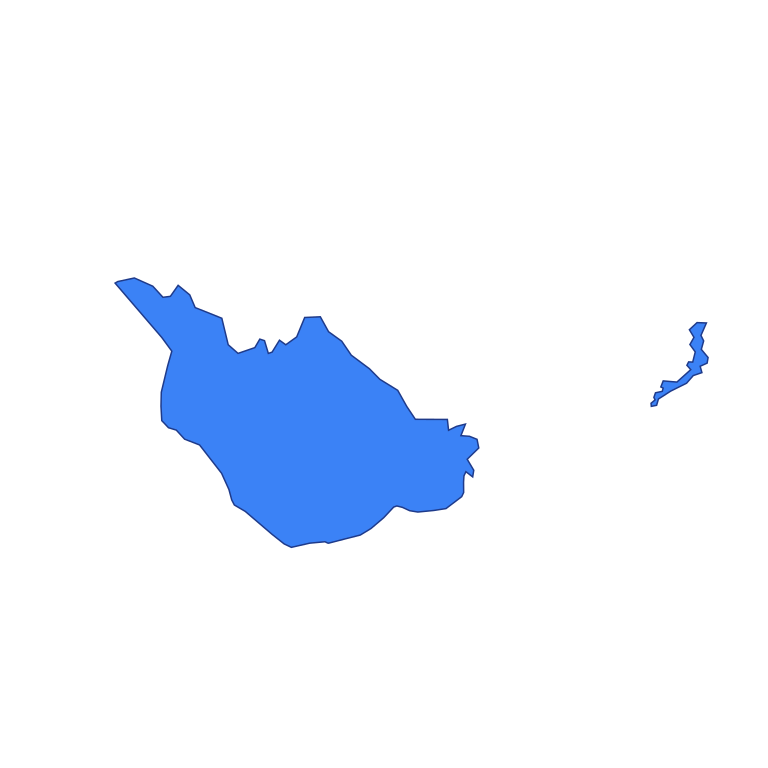 Uzun, Surkhandarya, Uzbekistan (Natural Earth projection), rotated 114°
{"feature_id": "79887680B11166150999612", "entity_name": "Uzun", "entity_type": "district", "adm_level": 2, "iso_a3": "UZB", "parent_name": "Uzbekistan", "parent_adm1": "Surkhandarya", "projection": "natural_earth1", "projection_center": [68.025, 38.226], "detail": "fine", "context": "isolated", "style": "filled", "palette": "blue", "viewbox_px": 768, "rotation_deg": 114, "n_neighbors": 0, "source": "geoboundaries", "source_scale": "gbopen_adm2", "svg_char_len": 1560}
<svg xmlns="http://www.w3.org/2000/svg" viewBox="0 0 768 768"><g transform="rotate(114 384 384)"><path d="M390.6,311.7L403.5,341.0L395.3,354.0L384.2,368.9L381.4,389.7L376.0,403.5L371.0,425.6L362.1,440.0L358.8,455.9L348.5,469.5L355.5,483.5L376.5,482.9L388.1,489.7L386.5,497.3L400.4,499.2L403.1,502.1L393.0,510.8L393.5,515.7L403.3,516.8L415.4,529.8L411.5,542.3L389.9,558.9L391.0,587.6L381.6,597.7L377.6,612.2L390.8,614.8L394.7,621.2L388.7,635.0L388.7,655.2L398.7,668.9L401.2,670.7L427.4,615.4L431.9,605.9L440.3,591.2L454.2,589.2L456.1,588.9L482.1,584.1L495.0,578.7L507.9,572.1L509.0,569.3L511.6,563.1L510.6,555.0L515.5,543.7L514.7,527.7L531.6,496.1L543.5,482.7L551.8,476.0L555.4,471.5L556.8,459.0L566.9,425.0L570.7,410.2L570.9,402.2L559.6,387.1L552.1,373.7L552.2,370.8L551.9,369.8L541.7,357.0L531.6,344.2L521.3,337.1L506.3,329.9L492.5,325.1L490.2,322.7L489.2,317.0L489.3,309.0L487.2,301.0L479.3,287.1L472.6,276.7L455.3,267.2L450.7,267.1L441.3,271.4L435.4,273.6L430.8,273.5L432.8,265.2L426.3,266.9L418.9,277.4L403.9,271.4L396.7,276.5L397.0,284.6L399.9,292.7L387.5,293.3L393.2,300.5L400.0,306.2L390.6,311.7ZM233.5,97.3L228.0,98.7L223.3,108.2L214.6,109.5L210.7,114.2L197.1,114.3L200.6,123.0L210.2,127.1L215.3,119.8L223.5,120.6L228.1,112.7L238.4,110.9L239.9,114.7L243.7,114.9L246.1,109.6L263.1,117.2L267.6,130.2L274.1,129.9L274.2,127.3L277.5,126.8L281.6,132.4L286.5,132.0L288.2,129.9L293.0,132.2L295.7,130.7L292.6,126.3L286.1,127.2L273.9,119.2L260.2,107.9L250.5,104.9L244.3,98.2L239.2,102.4L233.5,97.3Z" fill="#3b82f6" stroke="#1e3a8a" stroke-width="1.5"/></g></svg>